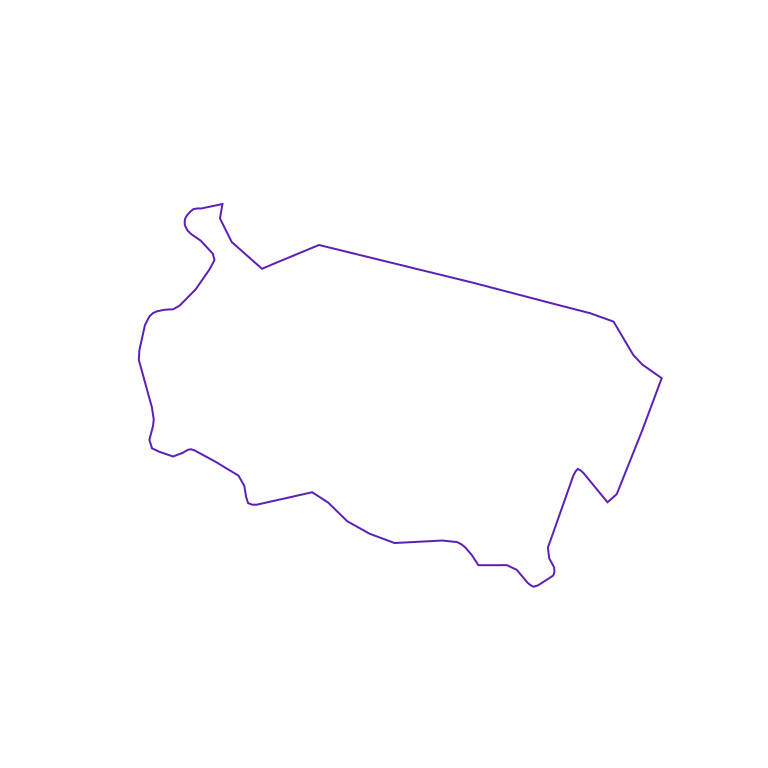 an SVG outline of El Progreso, rotated 52°
{"feature_id": "GTM-1956", "entity_name": "El Progreso", "entity_type": "Department", "adm_level": 1, "iso_a3": "GTM", "parent_name": "Guatemala", "parent_adm1": "", "projection": "natural_earth1", "projection_center": [-90.123, 14.917], "detail": "fine", "context": "isolated", "style": "outline", "palette": "violet", "viewbox_px": 768, "rotation_deg": 52, "n_neighbors": 0, "source": "natural_earth", "source_scale": "10m", "svg_char_len": 1293}
<svg xmlns="http://www.w3.org/2000/svg" viewBox="0 0 768 768"><g transform="rotate(52 384 384)"><path d="M142.2,444.3L137.4,443.5L135.4,442.6L133.7,441.4L132.2,440.0L130.8,438.0L129.7,435.0L128.9,429.9L128.9,426.3L131.1,422.5L133.1,420.1L142.7,400.5L152.5,411.3L178.4,416.6L218.1,409.2L222.0,394.5L234.4,349.7L358.4,252.0L425.1,201.1L455.2,177.9L476.2,164.7L514.6,169.7L527.6,168.5L550.4,161.6L579.3,208.7L614.1,268.4L614.8,280.7L577.1,281.6L573.3,282.2L570.2,283.6L570.9,287.2L573.0,291.6L607.4,345.4L613.7,355.5L623.2,361.2L633.2,362.8L637.2,365.6L639.1,368.5L637.5,386.6L635.9,390.9L632.8,392.4L629.0,393.2L612.2,393.8L602.4,398.7L584.9,421.2L572.7,420.1L562.6,420.6L558.0,421.7L553.6,423.7L543.1,434.6L515.8,473.6L493.0,487.6L469.4,497.5L443.1,501.0L425.1,507.2L400.7,558.7L397.8,562.3L394.1,564.4L387.9,562.1L378.3,556.8L366.5,555.1L340.2,565.2L319.6,574.2L316.5,576.4L315.1,579.1L314.3,585.1L311.2,594.9L298.7,603.0L293.2,605.7L291.8,606.4L283.5,603.2L274.9,591.9L270.2,587.3L259.6,581.3L214.1,562.4L206.8,556.0L190.4,536.1L186.9,528.6L186.2,526.5L185.9,522.6L186.9,518.3L190.0,511.9L193.2,507.0L194.3,505.7L195.3,504.1L196.4,496.7L193.5,474.3L186.4,451.3L182.8,443.0L181.6,441.0L175.9,438.7L158.1,440.2L147.1,443.7L142.2,444.3Z" fill="none" stroke="#5b21b6" stroke-width="2"/></g></svg>